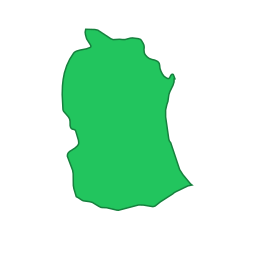 SVG path tracing the border of Gabès, rotated 26°
{"feature_id": "TUN-111", "entity_name": "Gabès", "entity_type": "Governorate", "adm_level": 1, "iso_a3": "TUN", "parent_name": "Tunisia", "parent_adm1": "", "projection": "natural_earth1", "projection_center": [9.729, 33.79], "detail": "fine", "context": "isolated", "style": "filled", "palette": "green", "viewbox_px": 256, "rotation_deg": 26, "n_neighbors": 0, "source": "natural_earth", "source_scale": "10m", "svg_char_len": 1856}
<svg xmlns="http://www.w3.org/2000/svg" viewBox="0 0 256 256"><g transform="rotate(26 128 128)"><path d="M148.6,63.2L147.9,63.6L149.2,66.5L149.7,69.9L149.7,77.0L150.1,80.1L152.2,86.6L152.6,89.7L153.9,95.3L157.0,101.6L169.6,120.2L171.0,121.6L172.9,122.6L192.7,142.8L197.8,145.9L208.6,150.8L210.5,151.2L210.1,151.5L207.2,153.8L198.7,164.6L197.7,166.2L197.1,167.6L189.5,180.1L186.6,186.2L185.6,187.2L184.8,187.8L175.7,190.5L171.3,192.5L155.5,206.1L154.0,206.7L143.8,209.0L139.7,210.8L138.5,211.2L136.1,211.2L128.6,210.5L126.0,211.0L120.2,212.9L119.0,213.1L117.7,213.0L114.1,212.5L111.6,212.4L106.0,206.3L104.1,203.7L98.7,193.0L96.8,190.3L85.9,180.0L85.5,179.1L85.2,178.1L85.2,176.6L85.5,175.6L85.8,174.7L89.0,169.5L89.3,168.8L90.3,166.4L90.5,165.0L90.6,164.4L90.4,163.5L89.9,162.4L88.8,160.7L82.2,153.5L81.5,153.1L80.9,153.0L80.3,153.0L78.5,153.4L77.8,153.4L77.1,153.2L76.5,152.9L75.9,152.4L75.4,151.8L74.9,151.2L73.1,147.6L72.2,146.3L71.7,145.7L70.5,144.7L69.1,143.9L63.0,141.3L62.4,140.9L61.9,140.4L61.4,139.8L54.2,126.8L50.6,118.8L48.4,112.7L46.7,106.4L45.6,98.8L45.5,91.6L46.3,84.7L46.6,83.6L47.3,82.4L47.7,81.9L48.2,81.3L50.7,79.0L55.9,75.1L58.3,72.6L58.7,72.1L59.0,71.5L58.8,70.8L58.2,70.0L51.9,66.1L51.2,65.4L48.9,62.8L47.5,60.7L46.7,57.8L55.1,54.0L58.0,53.3L73.5,55.3L74.9,55.2L75.9,55.1L81.6,51.9L84.1,51.0L86.6,49.8L90.7,46.2L92.5,45.1L98.0,43.2L99.4,43.0L100.5,42.9L101.8,43.5L104.5,45.3L105.8,46.4L106.3,47.0L106.7,47.6L107.4,48.9L107.9,50.4L109.5,53.0L110.7,54.2L112.0,54.9L114.3,55.8L116.0,56.1L116.6,56.2L119.6,55.9L122.0,55.3L123.2,55.2L125.5,55.2L126.8,55.7L127.8,56.3L128.9,57.7L130.6,60.4L132.7,62.5L135.2,64.4L137.7,65.7L140.8,66.2L141.9,66.1L142.6,65.9L143.1,65.4L143.4,64.9L143.4,64.3L143.4,62.3L143.5,61.5L143.7,60.8L144.3,60.2L144.8,60.1L145.2,60.1L145.6,60.4L148.6,63.2Z" fill="#22c55e" stroke="#15803d" stroke-width="1.5"/></g></svg>